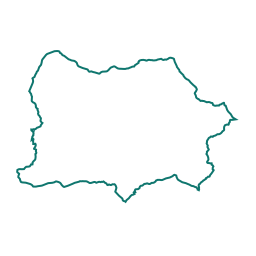 Caldas, Antioquia, Colombia (Natural Earth projection), rotated 275°
{"feature_id": "7082276B42449949359128", "entity_name": "Caldas", "entity_type": "district", "adm_level": 2, "iso_a3": "COL", "parent_name": "Colombia", "parent_adm1": "Antioquia", "projection": "natural_earth1", "projection_center": [-75.63, 6.049], "detail": "fine", "context": "isolated", "style": "outline", "palette": "teal", "viewbox_px": 256, "rotation_deg": 275, "n_neighbors": 0, "source": "geoboundaries", "source_scale": "gbopen_adm2", "svg_char_len": 5754}
<svg xmlns="http://www.w3.org/2000/svg" viewBox="0 0 256 256"><g transform="rotate(275 128 128)"><path d="M172.6,193.2L174.6,192.0L174.9,191.3L175.7,190.6L176.0,189.9L178.9,186.3L180.6,184.7L181.3,183.6L181.8,182.1L182.8,180.6L184.6,178.9L185.4,178.6L186.3,177.6L187.6,175.9L188.2,175.4L188.7,174.5L190.5,173.9L191.5,172.8L192.3,172.2L193.1,171.4L193.9,171.2L198.0,168.8L200.9,167.7L201.3,166.8L201.6,165.4L201.7,164.4L201.6,163.6L201.3,162.9L200.5,162.0L199.4,160.2L199.5,158.9L198.9,157.6L199.0,156.6L199.8,155.0L198.7,151.4L198.1,150.5L197.7,148.7L197.5,146.9L197.7,146.3L197.6,144.8L197.7,143.7L197.7,142.8L197.4,141.9L196.9,141.1L196.7,140.2L197.0,139.7L197.2,137.3L196.9,135.4L196.3,133.9L195.6,133.1L195.2,133.1L194.8,132.7L193.8,132.8L191.1,129.4L189.8,128.8L189.6,127.4L189.3,126.6L188.8,125.8L188.0,124.1L187.4,123.2L187.2,121.8L186.6,120.1L186.5,119.1L186.3,113.9L186.5,112.5L188.0,109.7L188.2,108.9L188.1,108.4L186.8,105.8L185.9,104.9L184.0,103.5L182.8,102.3L182.5,101.6L182.2,99.9L182.0,98.0L181.6,97.0L181.2,96.3L179.7,94.9L179.6,94.4L180.5,90.1L180.7,88.5L181.2,86.5L180.7,84.7L180.8,84.4L181.0,84.0L182.7,82.7L182.9,82.1L183.8,77.6L185.1,73.5L185.4,73.0L186.4,72.2L188.4,71.3L189.0,70.7L189.9,69.3L190.2,68.5L190.4,65.8L190.9,64.4L191.3,62.8L194.3,58.2L194.8,56.6L195.5,55.7L195.9,55.5L196.4,55.0L196.9,53.7L198.2,53.0L198.5,51.9L198.5,50.6L198.1,48.1L194.7,41.0L193.7,40.0L188.7,36.7L187.5,36.4L185.9,36.3L183.4,35.9L180.9,34.2L177.3,33.3L176.2,32.3L174.7,31.9L173.1,31.1L170.7,30.4L169.5,28.8L169.1,28.5L168.1,29.0L167.4,29.2L166.1,29.4L165.3,29.3L164.1,29.0L156.0,26.4L155.6,26.9L154.6,27.5L153.5,28.5L152.1,28.9L150.9,29.6L146.9,29.7L146.3,29.9L145.3,31.1L144.7,32.7L143.6,33.8L141.8,34.4L141.1,34.3L140.5,34.6L139.8,35.3L139.1,36.4L138.3,36.2L136.0,37.4L134.7,37.1L133.3,37.6L132.3,38.8L131.1,39.5L130.4,40.2L130.0,40.4L127.4,40.2L125.8,41.7L125.5,42.3L123.2,40.9L122.0,40.7L120.7,38.3L120.5,37.6L120.0,37.0L119.5,36.7L118.2,34.8L118.6,34.3L118.1,32.8L118.1,31.8L117.4,31.9L117.1,32.1L116.1,33.6L116.1,34.1L115.6,33.9L114.7,34.4L113.5,34.2L113.0,34.4L112.6,34.4L112.2,34.0L111.7,33.9L111.1,33.5L110.3,33.4L109.4,33.4L109.1,33.2L107.9,33.1L108.3,33.5L107.8,33.6L107.6,33.8L109.0,34.4L108.8,34.6L108.6,34.8L106.6,34.5L105.9,34.8L103.8,35.0L103.9,36.0L104.2,37.1L103.4,37.5L102.7,37.6L102.2,37.4L101.6,37.4L99.3,36.2L99.0,36.3L98.9,37.1L98.7,37.4L98.4,38.3L96.6,38.3L95.6,38.8L94.7,38.7L94.0,38.0L91.3,38.5L88.9,38.4L88.2,38.1L86.7,36.8L85.6,36.1L85.1,35.9L84.0,36.1L83.4,36.0L83.3,34.6L82.4,34.2L81.2,33.4L80.8,32.0L80.5,30.0L79.3,28.8L78.0,28.0L77.7,25.9L77.6,23.6L77.3,22.6L76.6,21.5L75.3,21.4L74.5,21.5L74.2,21.7L73.0,23.5L72.8,23.6L70.7,23.0L69.5,23.0L67.9,24.7L66.4,25.2L65.0,26.0L64.7,26.7L64.6,27.6L64.6,31.0L63.6,35.7L63.1,36.8L62.5,37.7L61.6,38.4L61.4,38.7L61.4,39.3L61.6,41.4L62.2,43.4L62.9,46.5L63.2,47.5L66.1,53.3L66.8,57.3L67.4,59.1L68.5,60.9L68.5,61.5L68.1,63.6L67.5,65.1L66.9,65.8L65.6,66.8L64.7,67.8L64.0,68.7L63.7,69.5L65.2,73.1L67.7,77.9L68.7,79.6L69.8,82.7L70.4,84.2L70.8,84.7L70.9,86.6L71.1,87.5L71.1,89.1L71.3,90.8L71.0,92.2L69.9,94.5L69.9,95.0L70.1,96.1L71.3,99.0L71.3,99.9L70.7,101.2L71.8,103.6L71.9,104.1L71.7,105.6L72.1,106.3L72.1,107.5L72.6,108.2L72.1,109.1L71.5,109.6L71.4,110.2L71.2,110.5L70.9,111.3L69.6,112.2L69.4,112.7L69.4,113.0L70.1,114.0L69.7,115.3L69.7,116.1L70.6,117.5L70.6,118.3L70.8,119.4L70.5,119.9L69.6,120.7L67.7,121.6L66.9,121.6L63.4,120.9L59.7,125.0L57.5,128.2L56.7,128.8L55.8,129.0L55.2,129.5L55.0,129.8L54.6,131.6L54.3,132.0L56.1,132.9L58.0,134.9L60.6,136.6L61.7,137.8L62.1,139.1L62.9,140.3L64.3,139.3L64.7,139.6L64.8,140.8L66.0,140.2L67.3,140.6L67.6,141.0L68.0,143.4L68.4,143.7L68.9,144.6L70.7,145.0L71.6,145.9L71.8,147.1L72.0,147.5L73.7,149.1L74.0,150.7L74.3,151.1L74.5,152.1L74.1,153.5L74.1,154.6L75.4,156.4L75.5,157.6L75.8,158.5L77.0,160.0L78.1,160.5L78.9,162.0L79.1,164.2L79.0,165.6L79.2,166.7L81.1,170.2L82.3,173.9L83.9,176.6L85.0,177.6L85.4,178.4L84.9,180.2L83.1,180.8L81.2,182.0L80.7,182.6L78.7,186.8L78.1,190.4L77.4,192.5L76.9,194.2L76.0,196.1L75.8,197.1L75.8,198.2L75.0,200.2L74.9,201.3L74.1,202.0L73.6,202.6L72.7,202.7L72.2,204.0L73.3,204.2L74.1,203.8L74.8,204.0L76.8,203.4L77.6,203.5L78.2,203.8L78.7,204.6L80.0,205.3L80.7,206.1L81.3,206.9L82.2,207.5L82.9,208.6L83.3,208.9L84.0,210.0L84.9,210.1L85.5,211.2L86.5,212.0L86.5,213.0L86.8,213.5L88.2,213.9L90.3,215.3L93.3,217.0L93.8,216.8L94.0,216.1L94.3,215.9L96.0,215.9L97.2,216.4L98.2,215.6L98.7,214.6L100.1,214.4L100.1,214.0L99.9,213.3L100.1,212.4L100.1,210.5L100.5,209.9L100.8,209.8L101.4,209.8L102.7,210.6L103.7,210.9L105.5,210.5L106.9,209.9L107.8,209.4L108.7,208.5L109.0,208.4L110.0,208.8L111.3,208.7L112.9,210.0L113.7,210.3L116.0,208.8L116.5,208.8L117.0,209.0L117.4,209.0L119.4,207.7L120.7,207.9L121.9,207.8L122.6,208.2L123.1,208.3L124.0,208.9L125.0,209.3L125.5,209.9L125.8,210.5L126.8,211.4L126.6,213.2L127.3,213.6L128.2,215.9L129.5,217.5L129.7,218.1L129.7,219.1L130.3,220.3L131.0,221.1L132.1,222.0L132.8,222.3L133.9,223.6L134.4,223.9L135.1,223.9L136.1,223.7L137.5,223.7L139.1,224.3L139.9,225.8L140.1,226.6L140.0,227.8L140.2,228.0L141.7,228.1L142.6,228.8L144.4,228.9L145.0,229.2L145.2,231.2L146.0,234.6L147.3,232.0L148.1,231.0L150.7,229.2L153.1,226.4L154.7,225.2L158.7,223.4L158.9,222.4L159.2,222.1L161.4,221.4L161.4,221.1L161.0,220.8L161.0,220.5L160.7,219.8L160.3,219.5L159.6,218.5L159.4,217.7L158.8,216.9L158.3,216.7L158.1,214.4L157.8,213.5L157.8,212.3L158.3,210.8L159.9,210.1L160.2,209.8L160.4,208.2L160.8,207.2L160.9,206.4L160.8,205.3L160.5,204.4L161.5,201.2L161.4,200.2L161.6,199.6L161.6,199.1L161.3,198.3L161.3,197.9L163.0,195.7L163.1,195.3L163.1,195.0L164.0,193.6L164.6,193.2L165.7,192.9L167.0,192.3L168.2,191.5L169.0,191.6L170.2,192.4L172.0,193.1L172.6,193.2Z" fill="none" stroke="#0f766e" stroke-width="2"/></g></svg>